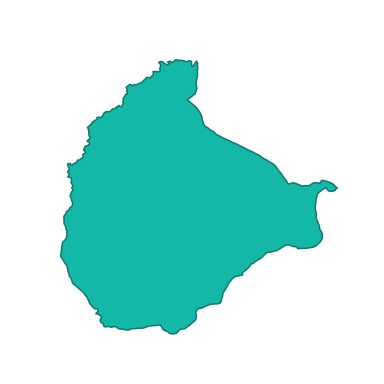 District Autonome De Yamoussoukro, Lacs, Ivory Coast, rotated 257°
{"feature_id": "98640826B30232425959699", "entity_name": "District Autonome De Yamoussoukro", "entity_type": "district", "adm_level": 2, "iso_a3": "CIV", "parent_name": "Ivory Coast", "parent_adm1": "Lacs", "projection": "natural_earth1", "projection_center": [-5.252, 6.815], "detail": "fine", "context": "isolated", "style": "filled", "palette": "teal", "viewbox_px": 384, "rotation_deg": 257, "n_neighbors": 0, "source": "geoboundaries", "source_scale": "gbopen_adm2", "svg_char_len": 5932}
<svg xmlns="http://www.w3.org/2000/svg" viewBox="0 0 384 384"><g transform="rotate(257 192 192)"><path d="M316.2,226.5L318.3,225.8L318.0,224.9L316.8,224.0L315.6,222.6L314.8,222.1L314.1,221.3L314.2,220.6L315.0,220.2L318.9,220.7L319.5,220.6L320.7,218.6L320.1,216.4L320.4,214.9L321.6,213.8L322.6,211.5L323.0,210.1L322.8,208.0L323.4,207.5L324.0,207.7L324.4,204.9L323.2,204.2L322.6,201.8L324.0,200.6L324.5,199.9L324.1,197.6L323.2,198.0L322.1,198.8L321.5,198.1L321.5,196.7L322.9,194.7L325.6,192.4L326.0,191.7L326.1,190.9L326.1,189.2L325.2,188.9L323.4,190.0L321.7,189.9L320.4,188.7L319.2,188.4L317.7,188.5L316.9,187.8L316.6,186.8L317.4,183.9L318.1,182.2L317.9,181.1L316.0,181.0L314.7,180.3L314.3,179.8L313.8,178.2L312.6,177.3L313.0,175.5L314.0,173.6L313.4,173.2L312.7,172.0L311.9,171.1L311.8,170.2L311.4,169.6L310.6,169.0L310.2,168.2L309.6,164.5L309.0,162.5L309.3,160.1L309.8,159.7L308.9,158.6L308.9,157.6L310.5,156.4L310.8,155.6L309.7,153.3L309.1,151.8L308.5,151.3L306.7,152.0L305.8,151.5L305.4,151.1L304.8,151.1L304.1,151.5L302.7,151.2L302.2,150.8L302.6,150.1L301.4,149.2L300.6,148.0L299.4,147.2L299.1,146.5L298.4,146.0L295.9,145.4L294.9,144.5L293.4,145.1L292.2,143.7L291.4,143.1L291.1,141.6L291.5,141.0L292.8,140.3L292.6,139.6L292.1,139.2L291.7,137.2L291.2,136.7L290.5,135.5L290.4,134.3L290.8,133.6L290.5,132.7L289.1,130.8L288.9,130.1L288.8,129.1L289.0,128.5L289.5,127.6L289.3,125.2L288.9,124.3L288.3,123.6L286.4,122.3L285.6,120.9L285.2,119.3L286.0,117.8L285.7,116.2L285.4,116.3L284.6,115.7L283.7,114.2L283.2,112.6L282.5,111.3L282.3,110.0L281.2,110.3L280.6,109.4L280.5,108.2L280.1,107.3L279.4,106.8L279.3,106.2L278.4,104.7L276.8,105.2L276.0,105.0L275.3,105.3L274.4,104.9L273.0,104.9L272.3,104.6L270.7,104.6L269.8,104.3L268.2,104.9L267.3,104.7L266.8,104.3L266.3,102.7L265.2,101.3L264.5,101.8L263.9,102.8L262.9,103.1L262.4,103.0L261.7,102.6L261.0,101.5L260.8,99.5L260.4,98.2L259.5,97.2L259.0,97.1L258.4,96.7L258.0,96.0L257.2,95.9L255.2,97.2L254.6,97.1L254.2,96.7L253.8,95.9L253.2,94.2L252.2,93.8L250.9,93.9L249.8,93.6L249.7,91.8L248.5,89.8L248.8,88.1L248.5,87.3L247.1,86.8L246.8,86.0L246.8,84.6L246.4,84.3L246.0,83.8L245.9,82.2L245.3,81.8L245.1,80.7L245.7,79.9L246.8,80.1L247.3,79.8L247.2,79.1L247.5,77.5L246.9,76.9L244.0,77.2L243.2,77.6L242.1,77.7L241.6,77.5L240.3,75.9L239.6,75.3L238.8,75.7L236.9,76.2L236.4,76.1L234.7,74.5L234.1,75.2L233.7,76.2L233.2,77.0L232.2,77.3L230.6,77.3L229.8,77.2L228.7,76.3L228.1,76.3L226.3,77.1L225.2,77.2L224.6,77.0L223.0,75.8L220.8,76.4L219.9,75.7L218.9,74.4L217.5,73.6L216.5,72.7L215.7,72.3L214.4,72.4L212.4,73.2L211.1,72.9L208.3,73.1L206.5,72.7L205.8,72.3L204.9,71.3L204.1,69.5L203.7,69.1L202.7,68.6L202.2,68.0L201.7,67.1L201.2,65.3L199.2,64.2L197.5,62.0L195.9,61.3L194.8,61.3L190.0,60.2L187.5,61.0L185.3,61.1L183.0,60.9L181.9,61.4L181.0,61.3L180.3,60.6L179.8,60.8L178.3,60.6L175.3,59.2L173.4,56.9L172.4,54.9L171.9,54.5L167.9,52.7L166.6,52.5L164.9,51.7L161.3,50.5L160.0,49.8L158.7,49.6L150.7,52.4L148.7,53.4L147.5,53.6L141.7,53.3L140.0,53.8L137.4,53.5L135.5,54.7L130.4,55.1L128.2,56.2L127.3,57.6L125.6,58.3L124.5,59.4L123.6,59.8L118.2,64.0L117.0,64.1L115.7,64.7L115.1,64.7L114.0,65.7L113.1,66.1L110.8,66.3L109.5,66.9L106.7,67.1L104.2,68.5L103.0,68.9L102.1,69.7L100.3,70.7L99.7,71.6L99.6,72.8L98.9,73.7L96.8,73.8L96.4,72.7L95.9,71.9L95.4,71.2L94.9,71.1L94.6,72.4L91.0,75.9L90.2,75.8L88.6,74.1L87.4,73.7L86.4,73.7L85.2,74.0L83.8,75.8L81.3,75.9L80.4,76.6L79.9,77.7L79.9,80.2L78.4,82.8L78.3,86.4L77.7,87.5L76.3,88.7L74.7,90.8L73.8,94.5L72.6,96.1L71.8,99.2L72.2,101.3L72.2,103.5L71.6,106.3L71.4,109.0L70.9,110.5L70.4,113.9L70.5,115.5L71.1,119.0L71.1,120.1L70.1,126.6L70.1,128.2L69.8,130.6L68.0,131.9L64.5,132.9L62.9,134.5L61.7,136.5L60.7,137.5L59.4,138.2L58.6,139.6L57.9,142.2L57.9,144.6L58.9,146.9L60.2,148.3L60.7,149.5L60.8,150.6L60.4,153.7L60.8,155.3L61.7,156.9L62.5,159.3L64.5,162.8L65.9,165.9L66.9,166.9L70.0,168.4L70.9,168.6L73.5,168.5L74.1,168.8L75.0,169.5L76.4,171.0L76.9,172.3L76.9,173.1L76.7,174.1L76.7,175.4L77.9,181.0L78.4,184.5L78.3,186.1L77.2,192.3L77.4,193.8L77.7,194.6L78.1,195.2L79.5,196.1L81.7,197.0L83.8,198.5L85.9,199.1L86.7,199.6L88.9,202.0L95.1,207.6L98.6,212.0L99.5,213.9L99.9,216.1L99.8,222.7L102.1,222.9L103.3,226.0L105.4,229.8L107.2,232.1L108.3,233.2L108.6,234.1L108.5,235.5L109.7,237.0L112.2,244.7L115.0,249.2L116.3,251.9L115.8,254.6L115.9,261.8L118.7,270.1L119.1,271.7L119.0,272.6L118.9,273.5L118.4,274.9L116.3,278.0L115.0,281.5L113.9,282.3L113.2,282.1L111.4,290.8L111.0,297.5L111.1,298.5L111.9,301.3L113.7,303.9L114.3,305.4L115.1,306.5L116.6,307.8L118.6,308.8L121.5,309.6L124.7,309.0L127.0,308.1L130.2,308.5L137.3,307.3L139.6,307.2L142.3,308.3L143.1,308.4L147.2,308.2L149.4,308.6L157.5,311.5L158.2,312.0L161.1,313.4L162.6,314.7L165.3,320.3L165.7,322.0L165.6,323.0L164.9,324.5L163.1,324.7L162.4,325.3L161.9,326.1L161.2,328.4L161.1,330.2L161.3,331.2L161.5,331.9L162.8,333.3L163.4,334.4L164.6,333.1L166.9,332.0L168.3,330.9L170.2,328.6L173.0,324.0L173.8,322.3L174.0,321.2L173.6,320.3L172.9,319.9L172.3,319.3L172.1,318.6L172.2,317.3L173.4,314.1L173.4,311.8L172.1,308.5L171.9,307.1L172.1,305.9L172.6,304.4L172.9,303.0L173.0,300.6L173.2,299.9L174.6,298.7L175.4,297.2L176.3,296.3L176.7,295.3L177.7,294.0L178.1,292.9L178.1,291.9L178.4,291.3L177.8,288.9L178.3,287.8L179.1,287.2L182.6,286.1L185.1,284.9L190.8,282.6L194.3,280.8L198.3,279.3L200.8,277.7L204.5,273.7L205.8,272.5L209.1,268.7L211.9,266.4L213.4,264.9L214.6,263.2L216.9,260.7L220.3,256.2L221.4,255.0L226.2,249.2L228.3,246.9L231.4,242.3L233.7,239.9L234.7,238.3L238.4,233.6L240.2,231.7L241.8,229.5L243.5,228.0L245.8,226.8L248.5,223.7L250.8,222.0L251.5,221.0L252.1,220.6L253.4,219.3L255.8,218.5L260.2,218.3L263.4,218.5L267.8,217.6L271.3,216.2L274.5,214.5L283.0,208.1L284.1,210.4L284.6,212.4L285.6,214.0L286.8,216.7L287.3,217.3L289.5,218.8L291.7,220.0L292.7,220.2L294.9,220.1L297.3,220.6L300.8,221.8L302.6,222.9L305.1,223.8L309.2,224.6L311.7,225.6L313.9,225.7L316.2,226.5Z" fill="#14b8a6" stroke="#0f766e" stroke-width="1.5"/></g></svg>